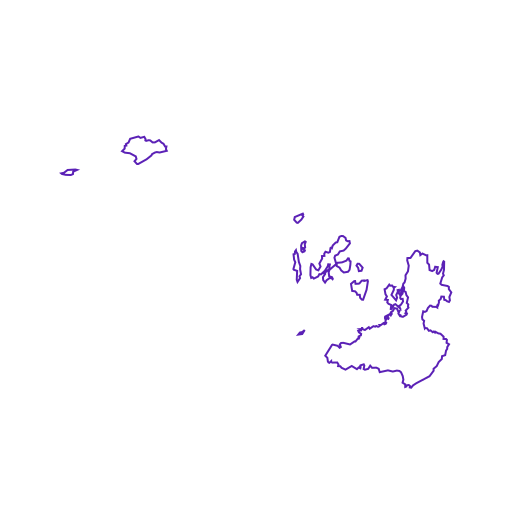 Attikis, Attiki, Greece (Robinson projection), rotated 107°
{"feature_id": "26713481B5850386890635", "entity_name": "Attikis", "entity_type": "district", "adm_level": 2, "iso_a3": "GRC", "parent_name": "Greece", "parent_adm1": "Attiki", "projection": "robinson", "projection_center": [23.511, 37.081], "detail": "fine", "context": "isolated", "style": "outline", "palette": "violet", "viewbox_px": 512, "rotation_deg": 107, "n_neighbors": 0, "source": "geoboundaries", "source_scale": "gbopen_adm2", "svg_char_len": 6049}
<svg xmlns="http://www.w3.org/2000/svg" viewBox="0 0 512 512"><g transform="rotate(107 256 256)"><path d="M206.4,74.4L206.2,75.1L207.1,75.3L210.0,75.2L211.4,74.4L215.0,74.9L219.6,76.3L220.0,77.2L219.2,78.4L213.5,78.9L213.9,81.5L217.2,81.5L218.9,83.1L218.7,85.9L213.6,88.0L212.4,90.2L205.2,92.4L205.6,93.4L205.0,97.6L207.1,99.1L204.7,100.3L203.7,103.3L204.8,105.1L212.7,107.7L213.7,110.6L216.0,110.1L220.6,107.1L226.3,106.2L230.7,107.4L233.9,106.3L237.9,106.2L239.3,107.0L242.7,106.8L246.8,107.6L246.5,106.9L242.3,105.8L243.0,105.0L246.3,104.3L246.6,102.4L249.5,100.7L251.1,98.5L256.8,98.1L257.8,96.2L259.7,96.0L260.8,95.1L264.4,96.9L265.9,95.7L266.9,96.3L267.1,94.8L268.1,94.9L271.2,97.7L271.4,99.6L270.5,100.4L271.2,100.9L269.4,103.0L266.6,102.7L267.7,103.6L265.1,105.8L265.4,108.4L268.5,109.0L270.2,110.5L271.0,110.6L271.2,109.5L272.4,109.0L272.0,109.4L273.3,109.7L272.3,110.9L272.6,111.3L274.9,112.2L276.2,112.3L276.7,111.0L277.4,111.1L277.1,112.5L274.5,113.1L276.2,114.8L277.5,114.6L278.9,113.8L278.0,113.9L278.1,112.7L279.4,113.3L281.2,113.0L281.8,111.9L282.9,112.1L283.8,113.3L283.2,114.4L282.7,114.2L282.6,113.5L282.5,113.4L282.4,113.4L282.7,114.3L285.4,116.3L285.7,117.2L285.9,116.8L287.3,117.7L288.0,118.6L287.8,120.6L288.7,121.3L288.8,123.2L292.3,126.0L291.1,127.3L294.9,130.2L294.8,132.7L293.1,133.7L294.9,133.6L295.5,135.1L295.7,133.9L296.5,133.8L297.6,136.4L298.9,135.3L299.7,132.7L301.2,132.5L302.9,134.3L303.7,134.2L303.9,133.4L305.0,133.5L305.5,134.6L308.7,135.9L308.8,136.7L313.1,140.2L313.5,147.1L314.3,149.2L316.1,150.0L318.2,148.3L319.3,149.2L318.0,151.6L318.3,156.8L318.8,157.3L331.1,160.6L332.5,158.0L335.9,156.4L336.6,155.5L336.7,154.6L334.6,153.4L335.5,153.1L335.6,151.8L334.1,147.2L335.6,145.4L337.3,145.3L336.8,143.1L337.9,141.5L338.5,137.2L333.2,132.3L334.7,126.4L332.6,125.2L332.9,123.4L331.7,123.5L331.7,124.4L330.0,124.1L328.1,121.3L329.1,120.4L332.6,120.0L332.9,118.6L331.1,115.7L327.5,114.7L329.0,112.3L327.6,108.3L328.0,105.7L330.9,103.7L326.8,96.4L326.5,91.4L324.4,87.8L324.0,85.2L324.8,83.3L327.9,80.6L331.2,78.9L334.3,78.8L335.1,75.8L337.6,75.0L336.9,74.1L335.6,74.0L334.7,72.2L335.4,70.6L336.7,70.5L336.6,69.1L333.8,68.0L330.8,65.5L320.2,54.9L313.8,52.6L311.9,53.2L308.5,51.0L304.0,50.3L300.2,48.2L297.4,48.8L295.5,46.1L290.9,46.6L288.9,46.0L287.2,46.5L284.0,45.6L283.3,48.4L280.4,48.9L279.8,50.0L280.5,52.4L278.3,53.0L276.4,56.9L276.7,59.0L276.0,62.4L276.9,62.5L276.3,64.0L277.2,64.7L276.1,67.4L277.0,68.8L275.1,71.3L275.4,73.2L275.9,73.4L271.6,76.0L268.8,76.3L268.0,78.3L265.8,79.4L260.0,79.9L260.1,78.2L258.8,76.8L255.4,76.4L252.5,75.0L252.3,73.6L253.0,72.5L252.0,68.8L252.3,67.6L250.5,68.2L249.9,68.1L250.0,67.4L246.8,67.5L245.3,68.1L243.1,66.8L240.6,66.9L240.0,64.4L242.9,63.1L242.7,61.7L243.4,60.1L243.5,58.0L241.7,57.6L238.7,59.1L233.7,58.6L231.3,61.9L229.2,62.5L228.7,64.0L229.3,70.1L228.5,71.7L222.0,71.7L219.6,70.8L218.2,72.0L214.2,72.2L206.4,74.4ZM185.2,378.4L181.5,372.1L180.1,373.4L177.5,373.7L177.9,374.9L175.7,377.3L175.2,379.5L173.5,382.6L176.9,385.9L177.6,388.1L176.4,390.9L176.6,392.4L178.0,394.7L177.8,395.6L176.5,395.8L174.7,397.7L176.8,401.0L176.1,403.4L180.7,410.6L184.8,411.1L187.0,413.1L188.3,412.3L189.1,413.7L191.7,413.0L194.9,414.7L195.5,411.6L194.6,406.7L195.9,400.1L198.1,398.7L200.9,399.9L202.8,396.7L202.5,395.6L195.5,388.9L190.4,385.4L189.0,385.2L186.6,382.9L185.6,381.3L185.2,378.4ZM247.4,200.7L250.8,200.5L258.3,198.4L260.8,196.8L259.8,195.7L260.7,194.1L257.4,190.6L254.8,190.1L254.6,188.5L249.9,185.8L244.1,184.2L244.6,184.4L242.8,184.5L242.5,182.9L245.3,182.6L246.5,181.6L246.5,180.9L239.7,176.6L242.0,175.9L242.7,172.7L244.9,170.3L246.1,167.2L244.2,163.4L241.8,162.5L236.8,163.2L233.5,164.0L233.2,165.3L231.2,166.5L231.3,167.3L234.0,168.2L236.9,171.8L239.3,177.5L234.7,180.5L232.5,180.4L230.6,178.1L227.1,177.2L225.2,173.8L222.7,172.3L216.5,169.9L214.4,171.0L215.1,172.7L214.7,174.4L212.5,175.7L211.5,178.6L211.9,180.2L213.2,181.8L219.1,182.3L219.8,183.7L223.5,185.7L226.4,185.7L226.1,186.7L226.6,187.1L230.5,186.5L231.7,187.8L231.6,190.8L233.9,191.4L235.9,190.6L236.8,192.9L239.1,192.0L244.7,193.2L247.2,191.2L251.5,192.2L251.3,194.6L247.5,199.4L247.4,200.7ZM261.7,104.4L260.3,103.2L256.5,102.1L254.1,103.2L254.8,104.8L254.0,105.8L252.0,106.2L249.2,104.9L246.6,105.2L246.4,106.1L251.0,107.1L249.9,108.5L246.6,109.5L247.2,110.6L248.7,109.9L252.3,110.5L254.6,108.9L257.4,109.1L253.6,115.1L248.1,114.3L246.1,114.9L245.1,114.2L245.3,116.2L244.4,117.3L245.2,119.0L244.4,120.2L248.8,121.7L250.2,123.3L254.7,121.0L256.4,119.0L260.0,119.7L259.5,117.1L262.0,116.9L263.0,115.3L263.3,112.3L268.2,111.5L263.0,111.1L264.8,110.4L262.1,109.7L261.3,108.6L263.8,103.1L261.7,104.4ZM256.0,140.4L247.4,141.6L246.5,142.3L248.1,145.0L247.8,145.1L247.7,145.3L248.7,147.7L252.0,149.1L252.6,150.1L253.5,152.7L251.0,153.9L251.3,154.7L254.9,157.0L261.3,153.8L260.8,150.9L261.8,149.1L263.5,147.9L262.8,145.4L265.5,144.2L266.8,141.9L266.5,140.8L256.0,140.4ZM268.7,208.7L264.3,207.4L262.7,208.5L260.3,207.6L255.7,210.0L252.6,210.7L249.1,213.3L241.8,216.8L240.3,218.7L238.8,219.5L240.3,220.0L242.7,219.5L243.4,220.6L248.3,218.5L250.5,216.6L257.6,216.4L258.1,215.8L258.2,212.3L266.8,210.1L268.7,208.7ZM261.2,182.2L258.5,181.4L255.7,179.2L255.1,177.3L255.8,176.0L255.4,175.9L254.0,177.2L254.0,180.1L250.2,181.8L247.5,181.6L247.5,182.5L250.8,184.5L252.3,186.6L252.7,186.4L252.2,184.9L253.0,184.6L256.7,185.8L259.4,184.7L261.2,182.2ZM208.0,223.3L204.4,222.2L203.7,223.4L202.5,223.0L201.8,223.6L207.4,230.3L210.2,230.1L212.2,226.8L212.1,225.7L208.0,223.3ZM228.8,455.5L226.0,452.3L226.1,454.0L228.8,461.3L232.6,464.0L233.9,466.4L234.3,465.5L234.0,461.6L232.7,456.8L231.2,455.0L228.8,455.5ZM238.8,212.7L237.4,211.0L236.3,210.9L236.0,212.6L235.1,213.5L234.6,213.6L234.5,212.1L233.5,211.5L230.5,212.8L228.0,212.6L227.7,213.5L230.3,215.8L232.8,215.9L237.9,214.2L238.8,212.7ZM239.3,150.8L236.0,150.6L235.1,152.0L233.3,155.0L233.7,156.6L235.8,157.1L237.4,154.9L240.4,153.2L239.3,150.8ZM317.1,189.0L312.6,187.8L315.2,189.5L316.3,191.6L318.8,192.6L317.1,189.0Z" fill="none" stroke="#5b21b6" stroke-width="2"/></g></svg>